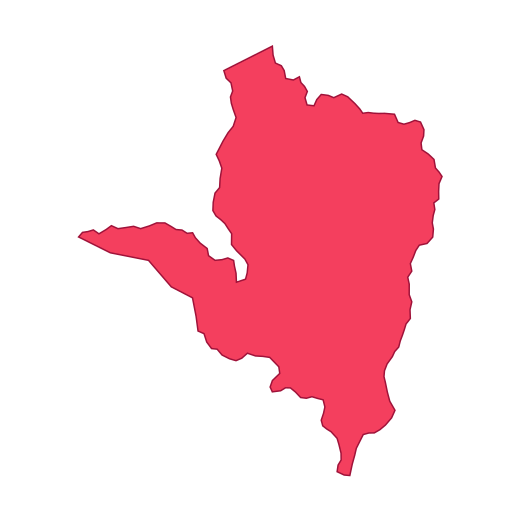 the district of Braço do Norte, Santa Catarina, Brazil, rotated 5°
{"feature_id": "56859067B64093274156036", "entity_name": "Braço do Norte", "entity_type": "district", "adm_level": 2, "iso_a3": "BRA", "parent_name": "Brazil", "parent_adm1": "Santa Catarina", "projection": "mercator", "projection_center": [-49.147, -28.249], "detail": "fine", "context": "isolated", "style": "filled", "palette": "rose", "viewbox_px": 512, "rotation_deg": 5, "n_neighbors": 0, "source": "geoboundaries", "source_scale": "gbopen_adm2", "svg_char_len": 2492}
<svg xmlns="http://www.w3.org/2000/svg" viewBox="0 0 512 512"><g transform="rotate(5 256 256)"><path d="M412.0,135.7L410.6,129.0L412.5,121.9L412.3,115.5L408.2,108.2L402.5,107.0L397.4,109.7L391.9,111.8L385.9,110.6L381.6,102.7L371.7,102.7L365.9,103.3L360.6,103.5L355.3,103.3L349.9,104.5L346.5,100.4L341.3,95.6L333.5,89.4L327.2,87.2L319.7,91.5L314.0,89.7L306.9,89.4L302.9,94.9L300.7,101.3L293.7,101.1L291.0,94.0L292.8,87.6L289.6,82.9L285.6,79.3L283.6,73.7L277.9,77.4L270.1,76.6L267.9,68.8L264.7,64.3L258.5,62.1L255.5,54.4L254.0,45.5L207.8,74.1L210.8,81.5L216.0,85.7L218.4,93.7L216.7,99.8L218.1,105.9L220.5,111.9L224.1,119.8L222.0,128.8L217.5,135.5L213.2,144.3L207.5,158.2L211.1,164.4L214.3,171.5L213.5,181.9L213.8,191.0L209.7,196.9L208.7,206.2L209.1,214.5L212.7,219.6L217.9,223.0L222.2,226.4L226.0,231.3L229.8,235.9L230.6,246.7L236.2,252.5L240.3,255.9L245.2,260.0L248.8,265.4L248.7,273.7L247.6,280.0L238.8,283.8L237.6,274.9L235.4,267.9L234.1,262.4L228.1,260.4L222.5,262.6L215.6,263.9L208.7,259.8L206.7,252.8L199.2,248.0L194.0,243.1L190.8,238.4L185.4,239.4L180.0,236.6L174.0,236.6L169.1,234.1L162.4,231.0L154.1,231.7L147.2,235.3L138.7,238.8L131.5,237.1L123.9,239.0L116.1,240.8L109.3,238.4L104.4,242.7L97.6,247.6L91.7,244.2L86.5,246.3L81.1,247.6L77.6,252.5L110.6,265.5L149.3,269.7L174.3,294.1L196.4,303.2L201.6,321.4L204.8,335.8L211.0,337.9L214.4,346.0L219.8,352.1L225.4,352.2L230.8,357.6L238.6,360.7L245.2,362.0L250.7,359.1L255.9,353.6L264.2,355.6L271.5,355.4L278.5,355.8L283.7,360.3L288.4,364.4L289.9,370.9L283.2,378.6L281.5,385.3L284.1,389.9L292.3,388.1L296.9,384.7L301.8,384.4L307.2,388.1L312.8,393.1L318.6,393.3L324.0,391.3L329.7,392.5L335.4,393.4L337.8,400.4L337.0,406.8L335.3,413.9L337.3,419.4L341.6,422.2L346.1,424.5L352.7,430.6L355.1,436.7L357.9,445.0L358.6,451.8L356.0,457.1L355.6,463.8L362.9,466.5L368.6,466.5L370.0,455.1L371.7,445.9L372.7,438.8L375.4,432.0L378.4,424.5L383.8,422.5L389.3,421.9L394.6,418.2L399.7,413.1L405.2,405.4L407.9,397.6L401.9,389.0L398.7,380.1L395.9,370.7L394.0,365.0L394.0,359.1L396.0,352.1L400.6,344.4L402.5,339.1L406.1,334.3L407.1,328.1L408.7,322.4L410.1,316.7L411.4,310.6L415.2,304.8L414.1,296.1L415.2,288.1L412.0,281.2L411.1,270.7L409.0,263.9L412.5,257.5L410.4,250.1L412.8,243.3L414.7,236.6L417.7,231.0L425.3,228.6L430.4,221.8L430.4,213.7L428.7,207.6L429.0,200.2L430.1,194.1L428.5,187.6L433.1,183.3L432.3,175.7L432.0,168.0L434.4,160.6L431.0,156.4L427.1,152.7L424.9,144.3L418.7,139.4L412.0,135.7Z" fill="#f43f5e" stroke="#9f1239" stroke-width="1.5"/></g></svg>